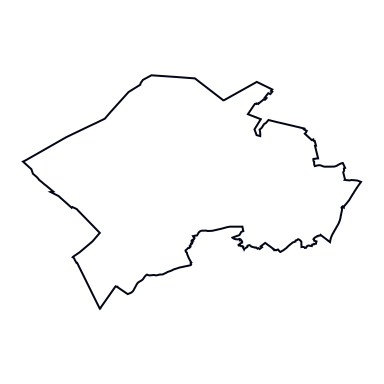 the district of Westerveld, Drenthe, Netherlands
{"feature_id": "6326949B14742340230045", "entity_name": "Westerveld", "entity_type": "district", "adm_level": 2, "iso_a3": "NLD", "parent_name": "Netherlands", "parent_adm1": "Drenthe", "projection": "equal_earth", "projection_center": [6.318, 52.828], "detail": "fine", "context": "isolated", "style": "outline", "palette": "ink", "viewbox_px": 384, "rotation_deg": 0, "n_neighbors": 0, "source": "geoboundaries", "source_scale": "gbopen_adm2", "svg_char_len": 5776}
<svg xmlns="http://www.w3.org/2000/svg" viewBox="0 0 384 384"><path d="M142.9,79.9L140.6,83.2L140.3,84.7L128.6,92.0L111.2,111.3L104.8,118.7L96.4,122.8L90.6,125.5L66.4,137.1L25.5,160.4L24.4,161.0L23.0,161.6L31.4,169.2L32.9,173.7L36.4,176.7L37.6,177.9L38.5,179.0L38.9,179.6L39.0,179.8L42.8,182.9L44.5,184.4L45.5,185.1L53.2,191.5L50.6,192.0L58.5,196.0L71.6,207.7L71.8,207.3L72.3,207.0L76.8,209.1L77.1,209.5L78.4,210.9L99.8,232.9L92.4,241.5L79.6,252.3L72.9,256.9L72.7,257.2L73.3,257.4L73.8,258.0L74.2,258.4L74.5,259.3L74.9,260.1L76.5,262.9L77.1,262.8L83.1,274.9L91.0,290.9L93.1,295.2L98.2,305.5L99.6,308.3L99.9,308.7L100.7,307.5L100.8,307.5L100.8,307.4L115.6,286.3L117.2,287.0L117.5,286.8L117.7,287.1L118.0,287.5L127.7,294.1L130.7,292.9L131.8,292.2L132.6,291.5L133.5,290.4L134.0,289.4L136.7,284.4L137.3,283.4L138.0,282.7L138.7,282.1L139.5,281.6L141.3,280.6L142.2,279.9L142.7,279.5L143.2,278.9L144.2,277.4L145.0,276.3L146.1,275.2L147.0,274.6L148.3,275.2L149.5,275.4L154.0,275.0L154.4,275.0L155.3,275.3L156.0,275.4L156.8,275.3L157.5,275.1L159.7,274.6L159.9,274.5L160.4,274.5L161.7,274.5L162.5,274.4L163.1,274.3L164.4,273.6L165.8,273.0L167.7,271.9L169.6,271.3L170.4,271.0L172.5,270.1L173.3,269.6L173.8,269.4L177.3,268.3L179.7,267.5L188.9,265.6L190.5,265.2L190.8,265.0L191.1,264.7L191.2,264.4L191.1,264.2L190.7,263.4L190.6,263.0L190.7,262.8L190.9,262.7L191.3,262.5L190.3,260.9L188.9,258.3L187.5,255.0L187.1,254.0L186.9,252.7L186.7,252.4L186.1,252.1L185.7,251.2L185.5,250.9L185.7,250.4L185.7,250.2L185.9,250.1L187.1,249.1L187.5,248.7L187.8,248.2L188.8,248.0L189.3,247.9L189.5,247.6L189.9,247.4L189.9,247.2L190.1,246.9L190.3,246.9L190.5,246.7L190.3,246.4L189.8,246.1L189.7,246.0L189.7,245.8L189.9,245.6L190.5,245.4L190.8,244.9L190.9,244.5L191.2,244.1L191.7,243.8L191.3,243.4L192.2,242.9L192.2,242.7L192.4,242.3L192.6,242.0L192.5,241.7L191.8,241.6L191.7,241.5L191.6,241.2L191.6,240.6L191.9,240.4L192.1,240.3L192.6,240.5L192.7,240.4L192.8,240.4L192.6,240.1L192.5,239.9L193.1,239.5L193.5,239.4L193.8,239.1L194.1,239.0L194.5,238.2L194.5,237.9L194.4,237.6L193.6,237.1L193.2,236.5L193.0,236.1L193.7,236.0L195.3,235.6L196.5,235.6L196.9,235.5L197.1,235.3L198.6,232.7L199.1,232.1L199.7,231.6L200.3,231.2L201.2,230.8L201.8,230.7L202.6,230.7L206.1,230.6L206.5,230.7L207.6,231.0L208.1,231.0L212.2,230.8L215.4,230.1L219.7,229.1L222.7,228.4L224.0,228.0L224.4,227.9L227.4,227.1L229.8,226.7L242.4,226.7L243.3,231.1L242.1,231.5L241.3,231.9L239.4,235.1L232.4,237.6L232.5,237.8L233.0,238.0L233.6,238.5L235.0,239.1L237.2,239.4L237.5,239.4L238.3,239.3L238.7,239.2L239.3,238.9L239.5,238.9L239.9,239.1L239.9,240.0L240.5,239.6L240.8,239.6L240.9,239.8L241.9,241.2L241.6,241.4L242.1,242.6L240.5,243.3L240.1,243.6L239.4,244.2L238.5,245.0L239.1,245.7L240.2,245.1L241.1,246.2L242.2,246.1L242.5,246.1L242.8,246.3L242.5,246.5L244.1,249.6L244.6,248.6L245.3,248.2L246.1,247.7L247.0,247.2L247.3,247.0L247.4,246.8L247.3,246.1L247.4,245.9L247.6,245.7L248.1,245.5L249.2,245.2L249.6,245.2L250.0,245.4L250.5,245.8L251.2,246.5L251.6,246.7L253.4,247.1L255.0,247.7L255.9,247.4L257.6,248.7L258.4,248.1L258.6,248.1L258.7,248.3L259.7,249.0L262.0,247.2L260.8,246.3L265.2,242.9L273.5,249.0L273.3,249.2L274.0,249.9L274.1,250.1L274.6,249.8L275.2,250.2L275.7,250.0L276.2,250.0L276.4,250.2L278.0,249.5L279.5,251.3L280.1,251.9L280.3,252.0L283.3,250.3L286.4,248.0L288.5,245.9L292.7,242.5L295.5,241.5L295.5,241.4L295.5,241.1L295.5,240.7L295.9,240.4L296.3,240.2L297.0,240.1L298.0,239.3L298.1,239.2L299.5,239.8L301.3,241.5L301.5,247.0L301.9,246.9L303.6,247.0L304.6,247.4L305.1,247.5L305.1,247.9L306.2,247.7L306.7,246.7L307.1,246.1L307.7,245.8L308.2,245.6L308.9,245.6L309.1,245.6L309.4,245.8L309.7,245.8L309.8,245.7L311.8,246.1L312.2,244.6L313.8,244.4L314.0,243.9L314.5,244.0L315.9,243.6L316.0,243.6L316.0,243.4L316.5,241.4L314.7,240.9L314.1,240.6L314.1,239.6L313.5,239.3L313.7,238.7L314.1,238.4L314.7,237.7L316.5,236.6L317.0,236.3L317.6,236.3L317.8,235.9L318.4,235.8L319.3,235.5L320.3,235.5L320.6,234.9L330.0,242.1L330.4,239.9L330.8,238.3L331.6,236.1L332.6,234.0L338.0,224.6L338.6,223.4L339.2,221.9L339.9,220.1L340.4,218.1L340.9,215.1L341.0,215.1L341.3,213.0L341.7,211.6L342.0,209.9L342.0,209.4L342.0,209.1L342.1,208.9L341.6,207.9L341.5,207.5L341.6,207.3L342.1,206.8L342.6,206.4L343.0,206.8L342.8,207.0L343.5,207.4L343.7,206.9L343.8,207.0L343.8,206.8L345.1,205.0L346.0,204.1L349.1,200.2L349.6,199.4L353.0,193.8L353.8,192.7L354.2,191.9L356.4,188.5L358.0,186.1L361.0,181.9L357.3,180.5L351.4,180.0L351.1,180.1L349.7,180.4L349.2,180.4L344.7,179.9L345.0,179.4L343.2,172.3L344.1,170.6L343.9,168.4L344.0,168.3L345.1,167.9L342.8,163.0L341.2,163.4L339.6,164.1L338.7,164.6L337.2,165.5L336.2,166.0L335.2,166.3L334.0,166.6L325.6,166.7L324.5,166.7L323.6,166.5L323.0,166.3L321.0,165.5L320.2,165.3L319.1,165.2L317.6,165.4L314.8,166.1L314.5,165.3L314.3,164.8L314.2,164.4L314.1,162.6L314.2,162.3L314.2,161.9L313.6,161.3L313.5,160.6L313.3,159.0L313.4,158.9L315.3,158.8L315.6,158.6L315.9,158.6L318.1,158.4L315.0,145.8L316.0,145.7L315.3,143.1L314.7,140.9L313.7,140.9L313.3,139.4L311.8,140.1L304.8,133.7L305.3,133.2L305.7,132.6L306.1,132.3L306.2,132.0L306.4,131.2L306.7,130.9L304.3,129.6L304.8,129.3L304.6,128.6L284.3,123.8L276.9,122.1L268.5,120.0L266.1,122.8L265.6,123.2L264.3,123.9L264.1,124.1L262.9,125.9L262.4,126.8L261.6,127.9L261.1,128.4L260.0,129.3L259.7,129.7L259.6,129.8L259.7,130.1L260.1,132.0L260.2,133.7L260.3,134.5L260.2,136.1L256.6,135.1L254.5,129.3L260.8,119.2L247.9,114.2L254.5,104.4L255.1,103.8L255.4,103.7L256.3,104.0L256.8,103.4L258.2,104.0L258.9,103.0L259.2,103.1L262.0,100.8L262.9,100.1L263.7,99.3L264.9,99.8L265.1,99.7L266.5,98.1L264.9,97.5L268.0,93.5L268.3,93.2L270.3,94.1L272.3,91.7L271.0,91.0L272.3,89.5L256.8,81.9L224.4,100.0L223.3,100.3L194.9,78.4L176.3,77.0L151.4,75.3L142.9,79.9Z" fill="none" stroke="#020617" stroke-width="2"/></svg>